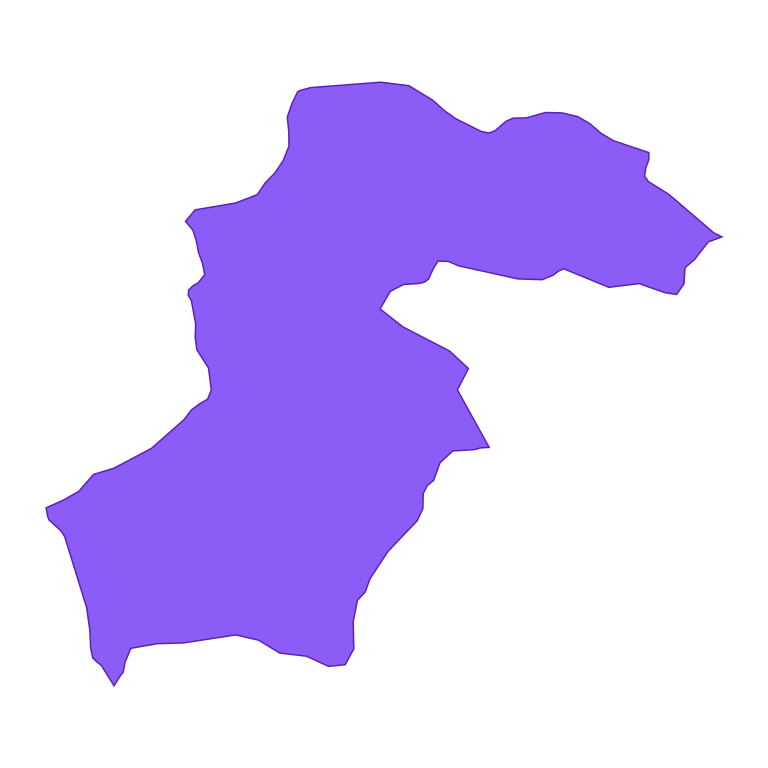 SVG path tracing the border of Samegrelo-Zemo Svaneti
{"feature_id": "GEO-3029", "entity_name": "Samegrelo-Zemo Svaneti", "entity_type": "Region", "adm_level": 1, "iso_a3": "GEO", "parent_name": "Georgia", "parent_adm1": "", "projection": "robinson", "projection_center": [42.261, 42.648], "detail": "fine", "context": "isolated", "style": "filled", "palette": "violet", "viewbox_px": 768, "rotation_deg": 0, "n_neighbors": 0, "source": "natural_earth", "source_scale": "10m", "svg_char_len": 1800}
<svg xmlns="http://www.w3.org/2000/svg" viewBox="0 0 768 768"><path d="M384.1,82.6L409.1,85.8L432.7,100.2L443.7,110.1L455.6,118.6L481.0,131.4L489.0,133.0L494.9,130.8L506.0,121.3L513.2,118.1L526.2,117.9L545.5,112.5L562.1,112.9L578.0,116.7L589.6,123.5L601.3,133.5L613.4,140.7L648.8,152.6L648.9,159.5L645.8,167.9L644.6,176.2L648.4,181.6L669.0,194.5L713.7,232.8L721.9,236.9L708.3,241.9L694.2,259.9L685.0,267.7L684.0,283.8L676.6,294.5L665.0,292.7L639.1,283.6L608.9,287.3L563.7,268.8L558.3,271.2L553.3,275.1L542.1,279.7L517.7,278.9L458.6,265.8L448.3,261.4L437.9,261.1L432.8,269.7L428.5,279.2L424.0,282.3L418.9,283.5L403.5,284.5L390.3,291.3L380.1,309.0L402.9,326.9L449.5,351.0L468.4,368.5L457.4,389.9L489.2,447.4L481.2,447.8L473.6,449.7L452.7,451.0L440.0,462.8L433.6,480.4L427.3,485.5L423.2,493.6L422.9,508.5L417.3,520.6L388.0,551.4L370.0,578.7L365.2,592.0L357.4,600.4L353.2,621.8L353.8,648.8L345.2,664.7L328.6,666.4L306.5,656.2L279.8,653.1L258.7,640.2L235.6,634.9L183.8,642.9L157.0,643.7L130.8,648.3L125.0,662.5L123.1,672.4L120.9,674.9L114.0,685.8L101.4,665.5L97.0,662.1L92.7,657.8L90.7,648.1L89.9,630.6L86.6,607.4L64.8,537.0L63.1,533.9L60.2,530.1L49.0,519.9L47.6,516.3L46.1,507.8L48.2,506.9L58.1,502.5L62.8,500.4L78.7,491.4L87.9,480.9L93.6,474.4L114.2,468.1L115.4,467.4L151.4,448.4L184.3,419.4L184.8,418.7L191.4,409.9L200.1,403.5L207.6,399.2L211.3,390.1L210.1,380.2L208.5,367.9L196.8,349.7L195.2,337.1L195.7,323.9L191.3,300.3L188.3,295.6L188.6,290.0L193.1,285.7L198.3,282.7L204.7,274.7L202.6,263.6L199.3,254.6L198.6,252.7L196.3,240.7L192.8,230.0L185.5,221.4L192.0,213.6L195.3,209.8L235.6,203.0L257.3,194.6L265.2,182.9L274.9,173.0L283.2,160.6L289.0,146.1L288.8,131.8L287.3,117.1L291.9,103.8L297.7,91.7L300.0,90.5L310.6,87.6L380.8,82.2L384.1,82.6Z" fill="#8b5cf6" stroke="#5b21b6" stroke-width="1.5"/></svg>